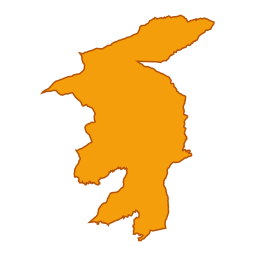 Primavera do Leste, Mato Grosso, Brazil (Natural Earth projection)
{"feature_id": "56859067B43692154128768", "entity_name": "Primavera do Leste", "entity_type": "district", "adm_level": 2, "iso_a3": "BRA", "parent_name": "Brazil", "parent_adm1": "Mato Grosso", "projection": "natural_earth1", "projection_center": [-54.218, -15.14], "detail": "fine", "context": "isolated", "style": "filled", "palette": "amber", "viewbox_px": 256, "rotation_deg": 0, "n_neighbors": 0, "source": "geoboundaries", "source_scale": "gbopen_adm2", "svg_char_len": 5819}
<svg xmlns="http://www.w3.org/2000/svg" viewBox="0 0 256 256"><path d="M74.3,173.9L74.6,176.8L75.1,177.1L76.1,176.5L78.5,177.7L78.9,180.3L78.5,180.8L79.7,182.8L81.1,182.9L82.2,181.8L82.2,182.5L83.1,183.2L83.9,183.1L85.3,184.8L85.9,184.8L86.3,184.0L86.3,182.7L86.9,182.8L87.3,183.5L88.5,183.6L89.0,182.7L89.1,181.7L90.0,181.4L90.2,182.9L90.8,183.1L91.2,182.4L92.1,182.7L92.3,183.5L94.2,182.5L95.6,184.0L97.8,184.9L99.6,183.8L99.0,183.3L99.6,182.5L98.6,181.5L98.4,180.6L98.6,180.1L99.6,179.6L100.4,178.1L102.4,178.1L104.4,177.6L107.4,175.7L108.9,173.7L109.3,172.0L110.0,172.3L110.6,171.7L110.9,170.7L111.8,170.8L112.5,171.8L113.0,171.5L112.9,170.6L113.8,171.2L114.6,169.9L115.6,169.7L116.5,168.8L117.4,168.7L118.3,167.1L118.8,167.4L118.8,168.3L120.5,167.6L120.8,168.1L120.4,168.8L120.8,169.4L122.2,168.9L123.6,167.6L124.3,167.6L124.0,168.4L124.6,169.0L126.0,168.9L126.4,168.1L127.0,168.7L126.5,169.4L127.0,173.0L125.1,177.2L124.2,178.0L123.6,180.0L123.3,182.3L123.8,184.0L123.2,187.1L121.4,188.1L118.6,191.3L116.2,192.3L111.8,192.7L110.3,193.5L108.9,196.2L108.7,197.3L107.6,198.3L107.3,200.5L106.3,202.2L105.4,203.1L103.8,203.1L103.2,203.8L102.4,203.9L99.1,208.3L98.6,209.3L98.1,212.7L97.4,214.9L96.6,216.1L89.4,222.3L94.6,221.8L95.9,222.2L96.3,222.8L97.3,222.4L97.8,223.2L97.5,224.1L98.3,224.1L98.7,223.4L98.4,222.2L100.9,221.2L101.6,221.8L101.7,222.6L103.2,223.0L103.7,222.4L104.7,223.2L105.3,223.0L107.5,224.2L108.3,225.1L108.4,224.4L110.8,222.7L111.5,222.7L115.4,220.7L117.9,220.0L122.8,217.3L123.8,217.2L123.8,218.2L124.2,217.9L124.5,216.7L125.3,216.3L127.5,217.1L128.0,216.8L128.3,215.0L129.0,214.9L130.5,215.7L131.5,215.7L133.0,212.9L133.0,211.9L134.2,211.7L135.4,212.1L135.7,210.3L136.3,210.3L137.1,210.7L137.6,212.0L138.4,212.0L138.9,212.8L139.2,215.5L139.0,216.8L137.7,217.8L136.8,217.5L136.2,217.6L135.5,218.7L134.2,219.5L134.0,220.1L134.3,224.3L133.9,225.1L133.3,225.1L132.9,226.8L134.0,227.2L133.9,228.8L134.2,229.4L133.4,231.1L133.6,232.6L133.4,234.1L135.0,234.3L136.0,233.2L136.6,233.2L139.0,233.8L139.1,235.3L140.0,235.4L140.7,234.6L142.4,234.8L142.9,235.5L142.3,236.3L140.5,237.6L138.2,238.2L139.0,239.7L138.8,240.6L140.9,240.6L142.4,239.1L143.8,238.8L144.8,237.9L145.9,236.5L148.8,234.1L149.9,232.0L150.2,230.2L152.8,230.9L165.8,228.1L165.0,224.7L165.3,220.6L166.3,219.1L168.4,212.9L168.6,211.2L168.2,209.1L168.5,206.9L168.2,206.2L168.1,202.1L167.8,201.5L168.1,199.6L167.9,196.7L166.6,194.0L165.8,189.3L164.7,186.8L163.6,185.2L163.9,182.4L163.6,181.2L164.6,179.8L164.8,178.7L165.6,178.3L167.5,172.9L167.2,170.9L167.5,169.1L168.3,168.0L169.0,167.7L170.6,164.7L172.0,163.1L173.6,162.1L175.8,162.6L179.7,161.7L184.5,158.3L187.2,157.4L188.6,156.3L189.2,156.5L191.5,155.7L191.6,154.6L190.9,153.3L188.9,153.2L188.6,152.6L190.1,151.2L190.0,150.5L189.4,150.3L187.2,150.4L186.9,151.8L186.3,151.7L185.1,149.5L183.3,150.1L182.9,150.7L182.5,150.3L183.0,148.4L184.3,146.4L183.8,146.0L184.2,145.4L183.9,144.1L185.8,139.8L186.3,139.7L186.2,138.7L186.8,138.7L186.6,137.0L186.2,136.2L185.6,136.0L185.1,134.4L184.5,133.8L184.7,131.5L185.8,128.4L184.0,127.1L183.9,126.3L184.8,123.8L184.7,123.1L184.2,122.5L184.3,121.7L185.1,120.0L187.5,117.2L187.5,116.1L185.5,114.9L184.6,115.1L183.6,114.0L184.2,111.1L184.0,110.1L183.6,109.8L183.7,108.5L183.2,108.0L183.3,106.4L184.1,104.2L184.7,103.5L184.5,102.6L185.2,100.7L185.0,100.1L185.4,99.4L185.6,96.6L184.5,95.7L183.1,95.4L181.0,94.0L179.2,93.3L177.8,91.6L177.0,91.4L176.5,89.4L175.1,87.3L174.0,86.8L174.0,85.3L173.3,83.6L172.7,83.3L171.5,83.6L170.9,83.2L170.5,82.1L171.1,80.5L168.9,77.1L165.9,75.8L162.6,73.7L160.5,73.3L160.0,72.7L156.0,71.1L154.4,69.3L152.6,68.3L151.3,68.1L147.6,66.6L145.8,66.7L144.2,66.4L141.9,64.2L140.1,63.4L137.3,61.3L157.1,61.8L160.0,62.4L160.8,62.3L162.6,61.1L164.3,60.6L166.2,60.7L168.8,58.2L169.2,57.0L170.9,55.1L171.7,55.4L172.1,54.7L173.7,54.0L174.1,51.9L176.2,52.3L176.3,51.6L177.4,50.1L178.1,49.9L178.8,50.3L180.3,49.8L181.1,49.4L181.8,48.5L186.0,47.1L186.5,45.7L187.9,45.0L189.3,45.4L190.1,45.1L191.7,43.1L192.2,43.4L194.0,41.1L195.1,41.3L195.9,40.4L197.2,40.0L198.9,36.0L202.4,33.4L204.4,32.6L205.6,30.3L207.1,30.3L210.7,29.1L211.8,26.7L213.7,24.0L214.0,22.6L213.8,22.0L210.3,20.8L207.3,19.1L204.0,18.1L202.6,18.9L200.3,18.3L197.3,19.6L196.8,18.9L196.0,19.0L196.0,20.2L194.2,19.5L192.2,20.4L190.8,20.5L189.0,21.7L187.6,21.7L187.0,20.3L186.5,20.1L186.5,19.1L184.7,18.1L184.1,17.0L180.7,15.4L179.9,15.4L178.1,16.4L172.1,17.1L171.0,17.6L169.4,16.2L168.5,16.0L167.7,16.9L167.1,16.7L165.2,17.9L164.9,17.3L164.3,17.3L163.3,18.2L162.6,18.3L161.7,17.7L156.8,18.9L155.3,17.6L154.6,17.6L154.1,18.8L152.9,19.0L151.7,20.0L149.8,20.7L148.1,23.5L146.5,24.0L145.3,25.2L141.0,25.8L140.0,26.8L139.6,28.8L137.9,32.9L136.9,33.6L133.1,35.0L130.0,36.9L126.6,37.5L125.6,38.4L121.8,39.4L120.8,40.1L119.3,40.2L116.1,41.9L115.6,41.7L112.1,43.5L111.1,45.0L107.1,45.7L106.1,46.8L104.9,47.1L102.3,48.9L96.4,48.4L92.0,50.4L88.1,51.4L86.8,52.2L84.9,52.4L83.2,53.7L79.6,53.0L81.7,55.9L82.1,59.7L83.2,63.0L84.1,63.8L84.6,65.4L84.2,69.4L83.5,70.4L79.8,73.7L73.3,75.0L72.3,76.2L67.9,76.8L57.6,80.8L55.9,81.2L52.6,84.0L52.2,84.8L48.6,88.6L45.3,90.2L42.7,92.0L42.0,93.0L46.7,91.4L49.9,91.3L53.6,90.4L55.7,90.5L56.5,90.8L57.6,92.5L60.3,94.6L62.4,95.1L65.7,93.9L67.5,94.0L70.2,93.0L72.7,92.9L75.5,97.2L78.3,99.9L79.5,100.5L81.2,102.6L81.8,104.4L82.7,105.8L83.2,106.1L86.3,104.5L87.8,106.4L88.7,106.3L90.1,107.3L91.5,107.6L92.6,108.7L94.9,112.8L94.8,113.7L95.1,114.4L94.2,116.2L94.4,119.4L95.2,121.9L93.2,122.5L91.5,122.3L89.5,123.7L88.5,123.7L85.7,125.6L85.0,127.3L85.0,128.0L86.3,132.2L89.4,134.9L92.0,141.9L88.2,144.1L86.8,145.4L81.3,148.7L79.9,149.0L77.4,150.5L76.1,150.3L78.9,154.6L79.1,156.1L80.2,158.5L80.0,159.5L79.0,160.7L78.6,163.2L76.5,165.9L74.9,169.2L74.3,173.9ZM123.8,217.2L122.9,216.3L123.5,216.2L123.8,217.2Z" fill="#f59e0b" stroke="#b45309" stroke-width="1.5"/></svg>